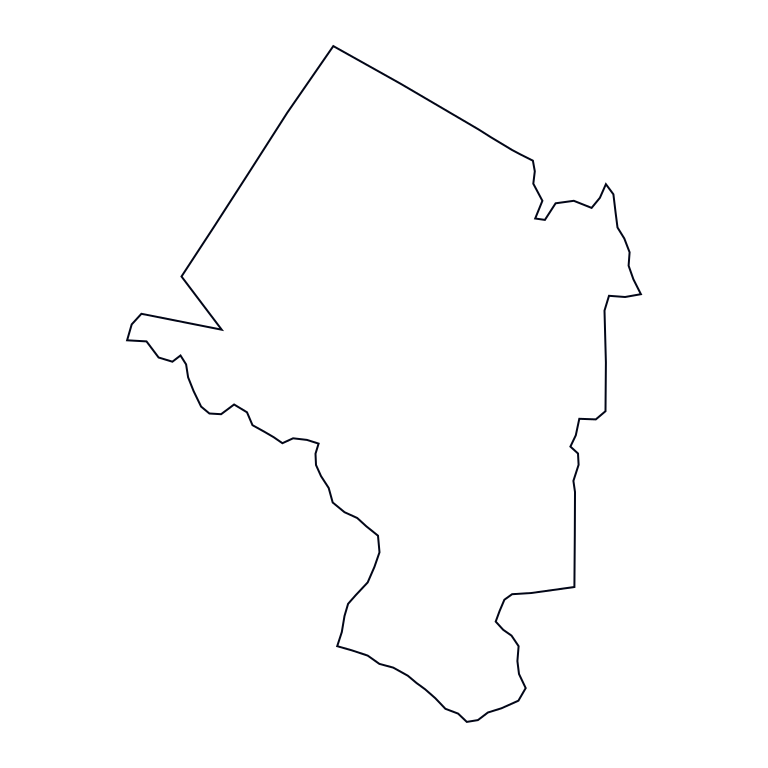 outline of Feira Grande, Alagoas, Brazil
{"feature_id": "56859067B46372234110310", "entity_name": "Feira Grande", "entity_type": "district", "adm_level": 2, "iso_a3": "BRA", "parent_name": "Brazil", "parent_adm1": "Alagoas", "projection": "natural_earth1", "projection_center": [-36.66, -9.896], "detail": "fine", "context": "isolated", "style": "outline", "palette": "ink", "viewbox_px": 768, "rotation_deg": 0, "n_neighbors": 0, "source": "geoboundaries", "source_scale": "gbopen_adm2", "svg_char_len": 1468}
<svg xmlns="http://www.w3.org/2000/svg" viewBox="0 0 768 768"><path d="M333.3,46.1L287.2,112.8L277.3,128.3L247.4,175.0L214.0,226.8L181.5,276.5L221.7,329.7L141.4,313.8L131.7,324.4L127.1,340.3L146.5,341.4L158.6,357.5L172.4,361.7L180.5,355.5L186.1,364.4L188.1,377.3L193.6,391.1L201.1,406.6L209.4,413.5L221.1,414.2L234.1,404.5L247.0,412.3L252.5,425.2L264.6,431.9L273.7,437.2L282.4,443.2L293.1,438.3L306.9,439.9L318.6,443.6L315.5,453.7L316.0,465.0L321.0,476.1L328.7,488.0L332.7,502.5L344.5,512.2L357.2,518.0L366.3,526.3L378.0,535.7L379.5,552.3L374.4,567.0L367.7,582.4L355.6,595.3L348.1,603.8L344.5,616.0L341.8,632.1L337.2,646.2L351.7,650.3L367.7,655.6L379.4,663.9L393.2,667.6L407.8,675.7L416.5,683.0L425.0,689.2L435.3,698.2L445.4,708.8L458.1,713.6L466.8,721.9L477.9,720.1L487.9,712.5L501.4,708.3L518.4,700.7L525.7,688.1L519.0,674.0L517.4,661.1L518.6,646.2L511.5,635.6L503.2,629.8L495.7,621.6L499.6,611.0L504.4,599.7L512.1,594.2L531.3,593.0L574.4,587.0L574.8,535.9L575.0,492.0L573.4,480.9L578.6,464.8L578.0,453.5L570.4,446.6L575.8,435.3L579.3,418.8L595.8,419.4L605.5,411.2L605.9,362.6L604.5,310.6L609.0,295.8L625.1,297.0L640.9,294.2L633.4,279.3L628.6,265.7L629.6,252.3L624.3,238.5L617.5,227.5L615.6,212.7L613.4,194.3L605.9,184.2L599.9,197.8L591.6,207.9L573.8,200.8L555.6,203.3L544.9,219.9L535.2,218.5L542.4,200.8L533.3,183.7L534.8,171.3L532.9,160.7L520.2,154.3L511.9,149.9L490.5,137.0L478.5,129.4L400.7,83.8L333.3,46.1Z" fill="none" stroke="#020617" stroke-width="2"/></svg>